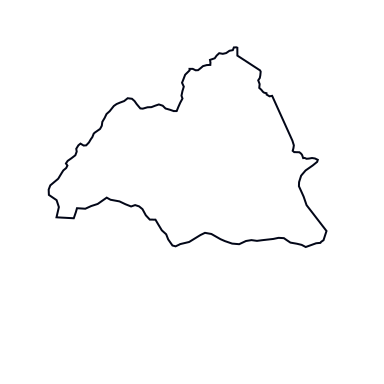 the district of Selama, Perak, Malaysia, rotated 235°
{"feature_id": "92858781B87749635219289", "entity_name": "Selama", "entity_type": "district", "adm_level": 2, "iso_a3": "MYS", "parent_name": "Malaysia", "parent_adm1": "Perak", "projection": "albers", "projection_center": [100.834, 5.252], "detail": "fine", "context": "isolated", "style": "outline", "palette": "ink", "viewbox_px": 384, "rotation_deg": 235, "n_neighbors": 0, "source": "geoboundaries", "source_scale": "gbopen_adm2", "svg_char_len": 2252}
<svg xmlns="http://www.w3.org/2000/svg" viewBox="0 0 384 384"><g transform="rotate(235 192 192)"><path d="M249.0,66.5L248.1,67.6L238.3,80.1L242.1,85.3L244.7,88.5L239.5,95.0L238.3,101.4L236.3,107.9L236.3,118.9L232.4,120.8L225.9,127.2L220.1,130.5L215.1,133.8L213.9,137.9L210.6,140.4L206.4,141.6L199.4,140.8L193.6,141.6L190.3,146.2L185.4,145.8L177.9,145.3L172.2,146.6L166.8,145.3L159.4,145.3L156.9,147.4L156.2,151.4L156.1,152.4L154.0,157.7L152.7,161.0L152.3,167.7L151.9,174.3L151.1,179.2L146.5,183.8L137.0,188.3L132.9,190.8L126.7,195.3L122.2,200.7L120.9,208.1L118.5,213.1L114.7,217.2L112.3,221.8L106.9,231.7L104.8,236.6L101.5,240.8L98.2,242.0L94.1,243.6L89.5,248.2L85.8,251.5L81.7,253.6L78.8,264.3L76.7,268.0L77.1,269.2L77.1,272.1L82.9,279.8L115.5,278.3L124.2,280.8L135.4,282.9L138.7,285.4L142.8,290.8L144.5,297.4L144.5,306.1L144.9,311.8L145.1,312.1L146.2,313.5L149.0,311.9L151.0,309.8L152.3,307.0L153.5,304.9L155.3,303.8L156.0,302.5L159.1,303.4L160.7,303.4L162.9,302.8L164.3,301.0L166.0,298.6L168.0,298.1L169.6,300.1L171.8,302.2L176.5,303.7L224.8,312.8L225.9,310.4L229.0,309.0L230.2,309.7L231.9,308.1L233.3,307.6L236.0,307.4L238.7,306.8L241.6,309.3L245.5,310.3L246.5,312.9L248.3,314.8L251.2,317.3L252.6,317.5L277.7,307.4L284.2,311.9L285.1,311.3L286.4,309.2L284.8,306.8L286.2,303.7L286.2,299.7L287.5,296.5L290.1,293.9L289.6,290.4L288.5,287.3L289.9,282.5L287.5,281.4L285.6,279.9L287.5,276.9L288.8,273.2L288.5,270.1L288.3,266.9L289.6,264.8L292.5,263.2L294.3,260.6L293.0,259.8L292.0,253.7L289.1,249.4L287.2,246.5L283.0,245.7L280.1,242.0L276.9,238.6L274.0,237.8L271.9,233.6L269.5,229.6L267.1,225.9L268.7,223.5L271.9,221.2L275.6,218.2L279.5,217.5L282.7,215.1L283.8,211.4L284.8,207.4L286.9,204.2L288.5,199.5L290.1,197.6L295.7,197.1L299.4,197.1L302.8,196.3L305.7,193.1L305.4,188.6L306.5,184.4L307.3,180.7L307.3,177.3L305.4,170.9L304.9,166.7L302.8,163.0L300.9,158.8L298.0,156.1L296.4,152.9L296.4,146.6L296.2,145.0L294.1,141.8L293.3,139.5L291.7,136.0L290.9,132.1L292.2,129.9L295.6,128.4L295.4,125.7L293.8,122.0L291.2,120.7L289.0,117.5L288.8,112.5L288.8,108.0L287.7,105.1L285.1,105.1L283.8,102.7L283.5,99.0L282.2,95.9L279.6,90.0L279.1,84.2L278.7,79.7L276.2,76.0L271.7,73.1L263.0,76.4L256.0,74.3L249.0,66.5Z" fill="none" stroke="#020617" stroke-width="2"/></g></svg>